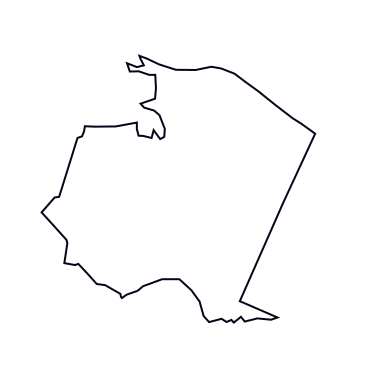 the district of Vermilion, Louisiana, United States of America, rotated 204°
{"feature_id": "52423323B90141807319554", "entity_name": "Vermilion", "entity_type": "district", "adm_level": 2, "iso_a3": "USA", "parent_name": "United States of America", "parent_adm1": "Louisiana", "projection": "natural_earth1", "projection_center": [-92.265, 29.84], "detail": "fine", "context": "isolated", "style": "outline", "palette": "ink", "viewbox_px": 384, "rotation_deg": 204, "n_neighbors": 0, "source": "geoboundaries", "source_scale": "gbopen_adm2", "svg_char_len": 1097}
<svg xmlns="http://www.w3.org/2000/svg" viewBox="0 0 384 384"><g transform="rotate(204 192 192)"><path d="M100.7,89.7L96.5,97.9L91.1,95.1L80.9,103.1L67.8,107.5L62.9,112.1L103.9,111.7L104.3,218.9L103.2,295.3L103.9,295.5L119.6,298.8L130.0,300.3L151.2,305.4L172.5,311.0L187.6,314.2L201.3,317.4L215.7,316.7L225.2,314.3L238.4,304.9L256.4,297.1L274.0,295.2L287.8,295.5L295.4,295.0L293.2,292.7L287.5,288.1L293.1,283.7L303.7,283.2L297.8,276.8L289.7,280.6L278.8,281.6L273.2,284.1L267.1,272.1L263.7,262.2L274.9,251.8L270.0,249.6L259.7,251.0L252.9,248.9L242.5,238.6L239.8,231.1L242.6,227.4L252.2,232.9L250.9,224.9L259.3,223.4L263.7,221.7L268.1,227.3L270.6,233.0L288.3,220.9L307.5,212.1L316.6,208.5L315.3,203.6L315.1,198.1L318.6,194.8L311.4,133.6L315.3,131.1L321.1,112.2L301.3,103.5L287.2,97.2L285.0,94.4L279.7,75.1L269.2,77.7L266.6,80.1L252.5,74.1L241.6,69.2L233.5,71.6L216.0,69.8L214.3,67.4L212.9,66.6L209.9,71.7L201.5,79.6L198.4,86.0L183.8,100.2L168.1,107.2L152.6,102.0L140.5,95.0L130.9,83.4L123.5,80.1L113.4,88.2L107.5,87.3L104.0,91.2L100.7,89.7Z" fill="none" stroke="#020617" stroke-width="2"/></g></svg>